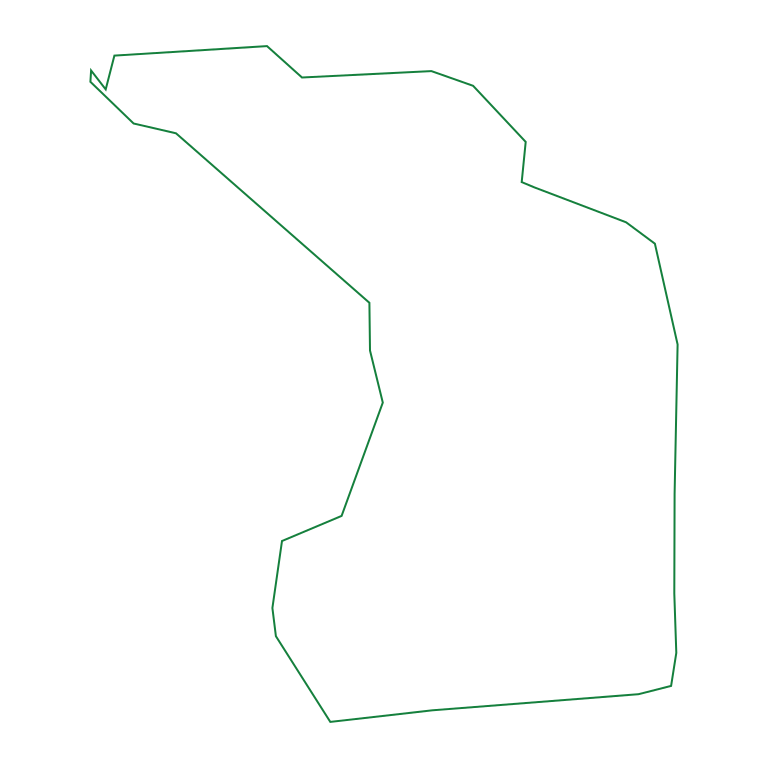 Agana Heights, Guam
{"feature_id": "77769853B67534366547029", "entity_name": "Agana Heights", "entity_type": "district", "adm_level": 2, "iso_a3": "GUM", "parent_name": "Guam", "parent_adm1": "", "projection": "robinson", "projection_center": [144.743, 13.466], "detail": "fine", "context": "isolated", "style": "outline", "palette": "green", "viewbox_px": 768, "rotation_deg": 0, "n_neighbors": 0, "source": "geoboundaries", "source_scale": "gbopen_adm2", "svg_char_len": 487}
<svg xmlns="http://www.w3.org/2000/svg" viewBox="0 0 768 768"><path d="M91.1,70.5L90.4,81.8L133.6,123.5L176.0,133.3L369.4,302.8L370.0,350.5L382.8,402.6L341.6,515.9L282.0,541.0L272.4,608.0L275.9,636.2L330.3,721.9L432.4,710.3L638.5,694.2L671.1,685.9L676.3,652.9L674.3,593.5L674.6,493.8L677.6,344.5L654.9,243.7L626.1,222.3L534.4,187.4L521.7,182.1L525.7,141.9L473.1,85.8L431.4,71.1L302.0,77.5L267.0,46.1L114.4,55.6L105.7,89.4L91.1,70.5Z" fill="none" stroke="#15803d" stroke-width="2"/></svg>